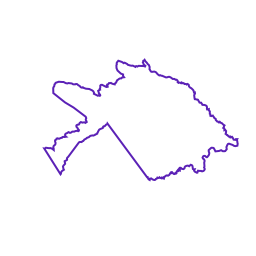 São Domingos, Goiás, Brazil (Mercator projection), rotated 234°
{"feature_id": "56859067B73761479247752", "entity_name": "São Domingos", "entity_type": "district", "adm_level": 2, "iso_a3": "BRA", "parent_name": "Brazil", "parent_adm1": "Goiás", "projection": "mercator", "projection_center": [-46.484, -13.45], "detail": "fine", "context": "isolated", "style": "outline", "palette": "violet", "viewbox_px": 256, "rotation_deg": 234, "n_neighbors": 0, "source": "geoboundaries", "source_scale": "gbopen_adm2", "svg_char_len": 5863}
<svg xmlns="http://www.w3.org/2000/svg" viewBox="0 0 256 256"><g transform="rotate(234 128 128)"><path d="M178.8,131.4L178.6,130.5L177.1,129.4L176.5,128.7L176.2,128.0L175.4,127.9L175.6,126.7L175.6,125.7L173.8,125.2L173.2,124.8L171.5,125.0L170.8,124.8L170.6,124.1L171.8,123.1L171.9,122.5L174.1,121.4L175.7,120.5L176.4,121.2L178.1,121.5L179.5,121.1L182.3,119.6L184.6,117.0L186.8,115.5L187.5,115.4L187.6,114.6L188.1,114.1L188.9,113.7L190.5,113.6L191.6,113.0L193.4,112.6L194.2,111.8L194.3,111.0L195.6,109.3L197.1,108.7L199.4,106.2L199.7,105.1L200.9,104.0L203.1,102.9L203.8,101.9L206.1,99.2L207.1,96.0L206.6,95.2L206.5,94.2L205.2,92.9L204.7,91.5L203.9,90.7L200.1,88.1L185.7,92.1L176.5,96.0L162.0,100.4L160.5,100.0L160.2,99.5L159.9,99.0L159.3,98.6L158.4,98.4L157.9,98.4L157.1,98.1L157.2,96.5L158.0,96.3L158.9,94.9L159.2,94.2L160.5,93.4L160.5,91.9L160.0,91.1L159.7,90.2L160.3,89.2L160.5,88.1L160.1,87.4L159.1,87.0L158.0,87.2L156.9,87.0L155.8,87.0L155.1,87.1L154.6,86.4L154.7,85.8L155.5,85.4L156.0,84.6L156.5,83.4L156.6,82.5L157.8,80.8L157.8,79.2L158.0,78.5L158.4,78.0L159.0,77.8L159.6,77.5L159.7,76.9L159.6,76.2L160.0,74.4L159.9,73.7L159.3,72.9L158.1,72.6L157.3,72.8L158.2,71.1L158.9,70.4L159.2,69.6L158.9,68.9L159.6,67.3L159.6,66.6L159.8,65.9L161.1,64.9L161.4,64.0L160.8,63.4L161.0,62.1L160.5,61.4L159.5,60.9L158.6,60.7L157.7,59.9L157.3,59.1L157.3,58.2L157.1,57.2L156.6,56.6L156.1,56.1L155.3,55.9L153.9,55.0L155.7,54.5L157.3,53.5L157.7,52.8L158.3,52.0L160.3,50.0L160.2,48.8L160.7,48.2L130.2,46.2L130.4,46.8L131.6,48.0L132.0,49.3L131.9,51.6L132.7,51.7L135.0,52.7L135.5,53.6L136.0,56.1L136.7,56.5L137.9,56.9L138.4,57.3L138.0,59.7L138.4,60.3L139.4,60.8L139.7,61.6L139.8,62.6L145.2,79.9L145.0,80.9L143.9,82.2L144.1,83.5L143.8,84.1L144.1,85.3L144.3,85.8L144.0,88.2L144.2,89.0L143.6,90.9L143.8,92.9L142.9,94.9L142.3,95.4L141.8,97.1L142.0,97.9L141.6,98.7L141.5,99.8L142.0,100.2L142.2,100.9L142.8,101.9L143.6,103.7L143.5,104.8L142.8,107.6L143.6,108.6L143.7,109.2L143.3,109.7L143.2,110.5L143.6,112.2L143.3,113.5L143.7,114.0L77.2,114.5L76.8,115.0L76.1,114.6L75.3,114.8L74.8,114.5L74.1,114.6L73.2,115.0L74.1,116.0L73.5,117.2L72.0,117.6L70.7,118.5L70.2,119.1L70.1,119.9L70.4,120.5L70.1,121.6L70.6,122.6L69.9,123.0L69.5,123.6L69.6,124.5L68.9,124.6L67.5,125.6L68.0,126.2L67.4,126.7L67.3,127.6L66.7,127.0L66.0,127.3L66.4,127.8L66.9,128.1L67.1,131.0L66.7,131.8L65.9,132.3L65.8,133.9L66.4,135.1L66.1,136.1L66.8,136.3L66.9,137.0L66.5,137.6L65.8,137.3L65.0,137.9L64.1,137.9L63.5,138.5L63.7,139.1L63.7,139.7L62.9,139.9L63.0,140.8L63.9,141.4L64.3,142.3L63.6,143.2L63.8,144.5L64.8,144.2L65.0,145.3L65.4,146.4L64.9,147.2L64.2,147.5L63.2,147.6L62.1,148.8L62.2,150.0L63.0,150.8L63.3,151.9L62.8,153.6L62.3,154.4L61.1,155.0L61.4,157.1L60.4,157.8L59.3,157.8L56.7,156.4L55.9,156.8L55.4,157.7L54.6,156.4L53.7,156.4L52.8,156.6L52.2,157.1L51.6,157.2L51.1,157.9L52.3,159.5L51.1,160.8L50.2,162.0L49.4,162.4L48.9,163.8L49.0,164.8L49.5,165.8L50.2,166.2L51.3,166.3L52.0,167.3L55.2,169.3L55.9,170.2L56.8,170.9L58.0,171.1L59.1,170.7L60.2,170.9L60.9,172.1L60.8,173.0L60.4,173.6L59.9,174.0L58.3,174.3L57.9,174.9L58.5,177.3L59.3,178.4L60.0,179.1L61.2,179.4L62.2,179.9L62.7,180.4L63.0,183.4L62.9,184.0L62.1,185.0L61.5,185.5L60.0,185.4L57.7,185.0L55.9,188.2L55.3,190.3L53.6,191.0L52.7,192.1L52.2,193.1L52.8,195.4L54.7,196.4L55.8,198.2L56.3,199.4L56.1,200.2L55.6,200.8L54.9,201.2L52.8,202.7L51.4,203.2L50.5,203.9L50.1,204.4L49.4,206.1L50.8,207.5L52.0,208.0L53.2,208.7L54.4,209.0L54.8,209.8L55.6,208.7L55.3,207.9L56.5,206.6L58.5,207.0L59.6,207.0L59.7,206.2L60.5,206.0L60.4,205.3L61.2,205.4L61.4,204.7L62.3,204.6L63.1,204.2L63.9,204.3L64.4,203.8L65.2,203.8L65.9,203.5L66.8,204.7L67.9,205.6L68.6,205.5L69.4,205.6L69.6,204.7L70.3,205.2L71.5,205.6L72.1,205.2L72.5,206.2L73.1,206.8L73.4,207.6L75.0,207.0L76.7,206.8L77.7,206.1L79.0,205.9L78.8,205.2L79.1,204.7L80.6,204.4L81.0,203.9L81.8,203.9L82.8,203.7L83.8,204.3L85.5,203.7L86.6,203.9L87.5,203.8L88.2,203.9L88.7,202.3L89.5,201.8L90.0,202.3L90.7,202.7L91.4,202.5L93.4,204.0L94.2,203.8L94.9,203.8L95.8,204.5L96.1,203.6L96.5,202.9L97.1,203.1L98.5,204.2L99.7,204.5L100.7,204.1L101.7,203.4L103.0,201.8L103.9,202.0L104.7,201.9L105.4,202.1L106.5,200.8L107.9,201.0L108.8,201.0L109.7,201.2L110.4,200.7L110.9,200.0L111.6,199.7L112.1,199.0L113.1,199.4L115.6,200.8L116.1,201.5L116.4,202.4L117.3,202.9L117.4,202.2L118.1,202.3L118.7,202.6L119.9,203.0L120.7,203.0L123.0,202.6L123.9,202.1L124.8,201.9L125.8,201.8L127.2,202.5L128.6,202.1L128.7,201.0L129.4,200.9L130.0,200.2L130.4,199.5L131.3,199.5L132.0,199.0L132.4,198.0L133.3,198.1L133.3,197.1L134.2,196.7L134.7,196.0L134.8,195.4L135.9,195.1L136.5,195.8L137.6,195.9L138.5,195.7L139.0,194.9L140.4,194.4L141.4,193.0L143.5,192.4L144.9,191.7L145.6,190.8L146.1,189.2L146.8,188.3L148.1,187.6L149.1,186.9L149.9,186.6L150.7,185.7L151.8,185.1L152.1,184.2L154.0,183.6L156.6,183.4L157.4,183.0L158.1,182.5L158.8,181.4L159.3,180.4L160.1,179.8L161.5,179.8L162.2,180.0L162.8,179.9L164.7,181.4L166.8,181.9L168.3,181.5L170.0,181.6L171.4,181.3L173.4,181.5L173.2,180.7L173.4,179.9L172.7,179.3L172.4,178.6L171.1,178.4L170.2,178.0L168.1,178.6L167.8,177.9L168.4,177.7L171.5,173.8L172.1,173.0L172.2,171.7L173.2,171.1L173.4,170.5L173.1,169.9L175.0,168.9L175.7,168.5L176.1,167.7L177.3,166.5L179.3,165.0L180.1,165.0L182.4,163.9L183.0,163.4L183.0,162.6L185.0,161.9L188.1,159.7L187.5,157.5L187.1,156.9L186.1,156.4L185.6,155.5L183.2,153.9L180.7,153.3L176.2,154.2L174.2,155.5L173.2,154.7L172.4,154.6L171.4,154.6L172.3,152.9L172.1,151.7L172.7,150.9L172.9,150.3L173.0,149.4L172.9,148.3L173.1,147.7L172.6,146.4L172.2,146.0L172.0,145.3L171.6,144.5L171.7,143.5L171.1,142.9L172.5,141.7L173.6,141.0L174.5,140.7L174.8,139.9L175.5,139.1L175.2,138.3L175.1,137.3L175.4,136.8L175.0,136.0L174.4,135.9L173.8,136.1L173.3,135.8L173.8,134.7L174.6,134.2L178.2,132.4L178.8,131.4ZM63.8,144.5L63.1,144.9L63.7,145.4L63.8,144.5Z" fill="none" stroke="#5b21b6" stroke-width="2"/></g></svg>